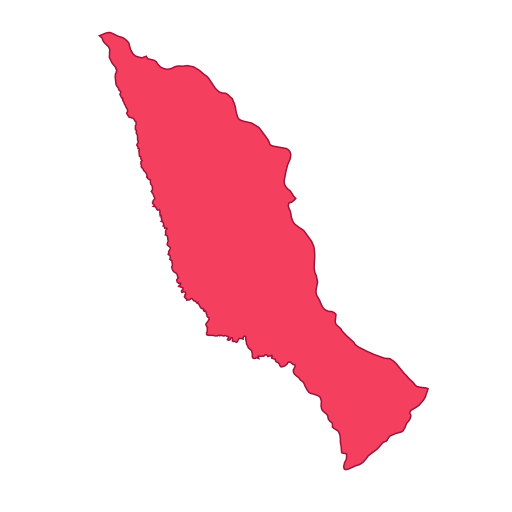 the district of Alvarães, Amazonas, Brazil, rotated 100°
{"feature_id": "56859067B63207916121843", "entity_name": "Alvarães", "entity_type": "district", "adm_level": 2, "iso_a3": "BRA", "parent_name": "Brazil", "parent_adm1": "Amazonas", "projection": "albers", "projection_center": [-65.273, -3.675], "detail": "fine", "context": "isolated", "style": "filled", "palette": "rose", "viewbox_px": 512, "rotation_deg": 100, "n_neighbors": 0, "source": "geoboundaries", "source_scale": "gbopen_adm2", "svg_char_len": 6084}
<svg xmlns="http://www.w3.org/2000/svg" viewBox="0 0 512 512"><g transform="rotate(100 256 256)"><path d="M414.9,94.9L413.2,94.4L411.0,93.4L409.8,92.5L406.6,87.7L404.5,83.2L403.7,81.8L402.8,80.9L398.9,79.4L395.1,78.8L391.4,76.7L389.2,75.9L386.7,75.7L385.6,76.0L384.6,77.0L383.4,77.3L382.3,77.1L380.9,76.3L377.1,71.9L374.9,69.7L369.2,66.2L365.7,64.8L356.8,63.5L356.4,66.0L356.7,71.2L356.6,75.0L355.1,77.3L353.1,79.5L349.8,84.6L347.6,87.1L346.4,89.1L337.6,99.3L335.9,101.8L333.8,106.4L334.4,111.6L332.4,123.1L330.5,130.5L327.6,140.0L325.9,143.0L323.9,144.8L318.8,153.0L315.0,158.1L313.0,159.7L309.7,165.0L307.5,166.5L299.7,167.1L298.3,169.0L297.5,171.7L297.9,175.2L296.9,178.8L295.3,181.0L293.5,182.5L288.2,186.0L284.1,189.5L281.1,190.7L278.4,191.0L270.9,190.8L264.8,193.3L262.5,194.9L260.0,195.9L257.0,196.8L245.4,198.2L242.0,199.0L236.6,200.7L231.9,203.8L222.8,213.2L221.5,215.7L220.6,218.1L218.0,223.2L216.2,225.2L213.2,227.1L210.7,228.3L207.9,229.1L205.5,230.3L203.3,231.8L201.2,232.9L198.1,232.9L196.9,230.3L194.6,228.2L192.4,226.8L190.8,229.1L186.0,233.5L184.6,236.2L182.6,238.7L180.2,240.5L177.4,241.3L167.6,241.2L160.7,240.7L155.4,239.4L153.0,239.1L149.9,239.4L147.5,240.6L145.8,242.5L144.9,244.7L144.8,258.7L143.9,261.6L141.3,263.0L139.0,264.8L130.6,273.6L128.8,275.7L125.8,283.4L125.4,291.9L124.9,294.8L123.7,297.4L117.9,300.5L112.9,302.2L109.9,303.7L105.0,306.8L103.9,309.0L102.1,311.4L101.0,314.0L101.3,317.5L100.9,320.5L99.3,323.3L97.7,325.4L89.4,333.3L87.5,335.7L86.4,338.2L82.9,344.2L80.6,350.2L80.4,356.6L81.9,361.4L82.1,363.9L82.8,366.9L84.0,369.2L85.6,371.2L87.0,373.9L87.6,376.3L87.5,378.8L86.9,381.7L86.0,383.6L83.9,386.3L81.9,388.0L80.9,390.5L80.5,397.1L78.3,398.7L80.7,402.9L80.3,407.8L79.7,410.2L77.8,412.7L75.9,414.2L73.6,415.8L68.2,418.3L66.6,420.3L65.1,422.7L64.1,425.0L63.5,430.1L61.9,435.3L61.2,438.6L61.8,441.0L62.9,443.2L66.3,448.5L67.9,445.5L70.3,444.3L72.3,442.4L75.6,437.6L77.6,436.0L85.9,434.9L90.9,431.3L95.0,426.6L95.9,426.6L96.6,425.7L97.5,425.3L98.4,425.6L99.4,425.5L101.0,426.0L104.0,425.8L111.0,423.8L112.4,423.0L114.7,420.6L116.5,419.7L117.2,418.3L118.0,417.6L120.4,418.1L123.7,415.7L123.9,414.5L124.9,414.6L126.0,414.2L127.8,412.6L129.2,412.0L130.0,411.1L132.1,409.8L134.0,408.0L136.1,407.5L137.5,408.2L138.4,407.8L141.3,405.1L141.7,400.8L142.2,400.1L144.1,398.7L144.9,397.4L147.4,396.9L148.8,397.4L152.5,396.7L152.8,395.7L154.1,395.3L155.5,395.4L157.9,393.6L162.2,392.8L163.4,391.9L165.7,392.0L166.6,392.6L167.6,392.6L169.5,390.9L170.7,390.8L170.6,389.8L171.4,389.3L172.9,389.6L178.1,388.0L178.3,386.8L180.6,386.1L181.8,384.8L183.3,385.7L185.8,385.2L186.9,384.4L188.2,384.5L190.2,382.0L191.1,381.7L192.9,379.1L194.0,378.4L194.6,377.6L195.7,377.3L197.2,377.4L197.3,376.5L198.4,376.3L199.2,374.6L199.3,373.4L202.4,372.6L203.6,372.0L204.2,371.2L206.0,370.0L208.7,369.5L210.6,370.4L211.2,369.6L212.1,369.0L212.7,368.1L213.8,367.7L216.5,365.7L218.0,366.1L219.3,366.9L220.3,366.8L221.1,367.3L222.4,366.8L223.0,365.3L223.9,364.8L224.9,365.8L225.0,363.8L225.4,363.0L227.2,361.9L227.9,360.9L227.2,359.4L228.2,358.4L229.7,358.3L233.0,357.4L232.5,356.6L233.3,356.0L234.4,356.2L237.3,354.8L238.3,355.5L238.5,354.4L239.1,353.2L241.4,352.3L242.5,352.7L242.6,351.7L244.5,350.7L244.0,349.3L244.4,348.3L246.2,349.2L247.1,349.3L248.0,349.3L249.9,348.7L250.9,349.0L251.4,347.2L253.0,346.2L254.9,345.8L256.0,345.1L259.7,345.6L260.7,345.0L262.7,341.7L263.8,341.7L266.4,342.7L267.5,342.8L268.7,342.2L269.5,342.9L270.0,342.2L270.3,341.0L271.2,340.4L272.8,340.1L274.2,340.4L275.3,338.0L276.5,337.8L278.8,336.8L280.3,336.8L281.5,337.2L283.5,336.2L284.7,335.4L285.7,334.3L286.9,331.5L288.0,330.3L290.3,329.5L291.0,328.6L293.0,329.9L294.0,329.7L295.3,329.1L296.5,327.1L295.7,326.2L296.3,325.3L297.6,325.3L298.2,326.3L299.4,326.9L299.4,325.4L299.9,324.1L300.1,322.4L301.3,322.1L302.2,322.4L302.7,323.2L303.8,323.3L304.8,322.7L304.5,321.8L303.6,320.8L304.0,319.3L306.1,318.5L306.7,319.3L307.6,318.8L308.2,319.5L309.0,319.1L309.9,318.1L310.4,316.9L311.5,316.6L310.9,314.3L310.1,313.2L309.0,312.6L309.2,311.4L310.6,309.9L311.0,309.1L311.0,308.0L312.6,305.9L311.9,305.3L312.9,305.0L313.4,303.9L316.5,301.6L317.4,299.7L316.9,298.8L317.9,298.2L319.0,298.1L319.5,297.2L318.8,296.7L320.4,295.0L321.3,295.0L323.0,293.9L324.0,293.7L324.6,292.8L325.1,291.5L326.6,291.3L328.7,292.0L331.2,293.4L332.3,293.5L334.4,292.1L335.0,291.2L336.1,291.4L339.0,290.9L340.3,291.4L341.4,291.2L342.3,290.4L342.4,289.3L341.6,284.4L341.8,281.9L341.2,279.8L340.4,278.9L340.9,277.9L340.2,276.8L340.4,273.9L339.6,272.6L340.0,271.3L340.2,269.1L341.1,268.6L342.0,269.3L343.4,269.6L343.8,268.5L343.4,267.5L342.6,266.8L341.3,266.6L340.6,266.0L340.8,265.1L342.0,264.7L343.8,264.5L344.2,263.6L343.8,262.3L344.4,260.1L343.4,259.4L340.8,258.7L339.9,257.6L339.8,256.4L340.1,254.2L338.9,254.5L337.2,254.1L336.9,252.8L337.6,252.0L340.8,251.4L342.0,250.7L344.4,250.0L346.1,248.5L347.3,248.0L348.2,247.0L349.4,244.7L350.7,243.6L353.2,242.6L356.1,242.1L357.1,241.2L357.3,240.1L356.9,238.9L356.2,238.2L356.2,237.1L356.5,235.4L355.6,235.8L355.1,236.6L354.0,236.4L354.0,233.8L353.5,231.6L353.1,230.7L351.4,229.4L351.4,228.5L353.0,226.7L352.1,226.1L352.2,224.9L351.1,223.2L351.8,222.6L352.9,223.0L353.9,222.7L354.3,219.9L354.2,219.1L356.1,218.5L356.8,217.5L357.0,216.1L357.9,214.7L360.0,213.3L360.8,212.3L360.7,211.2L359.3,208.6L357.0,206.6L355.5,206.2L354.7,204.8L354.6,203.6L356.5,200.6L356.3,199.1L357.5,198.2L362.0,199.5L364.4,198.7L365.5,197.8L366.8,195.9L368.2,193.0L370.3,190.9L371.6,188.3L372.7,186.9L375.9,184.9L379.5,182.0L381.1,180.2L381.9,178.1L381.9,176.1L382.6,171.5L383.2,169.7L384.1,168.2L387.6,166.4L392.3,165.9L395.3,164.8L396.7,163.7L399.7,158.8L401.0,157.6L404.0,156.5L406.0,154.4L407.0,152.2L409.1,151.3L411.2,151.1L412.0,149.8L414.3,144.5L417.5,142.4L419.3,141.8L421.2,141.2L424.7,140.6L428.7,139.1L433.9,137.8L435.0,137.2L435.1,132.5L438.1,131.9L440.9,131.8L444.0,132.9L448.1,133.1L450.2,132.3L450.8,131.3L450.7,130.2L449.9,128.2L444.8,120.6L443.6,118.0L440.9,115.0L437.1,112.6L433.1,110.6L425.0,103.0L417.4,98.4L415.7,95.5L414.9,94.9Z" fill="#f43f5e" stroke="#9f1239" stroke-width="1.5"/></g></svg>